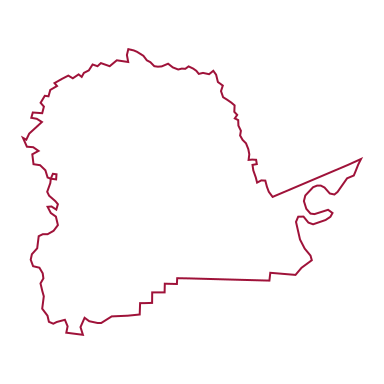 outline of Nova Palma, Rio Grande do Sul, Brazil
{"feature_id": "56859067B37281220773300", "entity_name": "Nova Palma", "entity_type": "district", "adm_level": 2, "iso_a3": "BRA", "parent_name": "Brazil", "parent_adm1": "Rio Grande do Sul", "projection": "equal_earth", "projection_center": [-53.411, -29.433], "detail": "fine", "context": "isolated", "style": "outline", "palette": "rose", "viewbox_px": 384, "rotation_deg": 0, "n_neighbors": 0, "source": "geoboundaries", "source_scale": "gbopen_adm2", "svg_char_len": 2225}
<svg xmlns="http://www.w3.org/2000/svg" viewBox="0 0 384 384"><path d="M332.5,213.0L328.1,209.8L314.5,214.1L310.5,213.6L306.3,208.8L303.9,201.1L305.3,195.5L313.1,187.2L317.1,185.6L320.8,185.6L324.5,187.5L329.8,193.5L334.4,194.5L337.5,192.0L347.1,178.3L353.8,175.5L355.6,171.2L358.2,164.6L361.0,159.0L348.0,164.9L272.6,196.9L268.8,191.8L266.9,186.7L265.3,180.6L261.3,180.4L257.1,182.6L255.8,177.5L253.3,170.4L252.5,164.9L256.8,164.1L256.1,159.8L252.2,159.6L248.6,159.9L249.3,154.3L248.3,149.1L246.0,143.3L242.6,139.9L240.1,135.5L240.9,130.8L238.4,125.6L238.2,120.1L234.8,118.4L237.2,114.9L234.3,111.8L234.6,105.4L231.3,102.6L227.1,99.7L223.1,97.2L221.0,91.1L222.8,85.6L217.9,82.0L216.1,74.7L213.3,70.8L209.1,74.2L203.0,72.9L198.8,73.9L196.3,70.8L193.2,68.6L188.6,66.4L185.3,68.8L181.8,68.6L178.2,69.5L172.8,67.4L168.1,63.7L161.7,66.4L157.9,66.7L154.3,66.2L150.4,62.2L146.8,60.3L143.4,55.8L137.0,51.8L133.7,50.4L128.3,49.2L126.9,55.0L128.2,62.0L116.8,60.3L109.7,66.2L100.9,63.1L97.5,66.2L92.6,64.5L88.8,70.4L83.9,72.9L81.7,76.9L78.6,74.4L72.8,78.3L68.3,75.6L62.1,78.8L54.5,83.1L57.0,86.0L50.3,89.9L48.5,96.3L44.8,95.8L40.6,102.8L43.9,106.6L42.2,113.2L36.8,112.8L32.8,112.5L31.3,117.8L36.8,118.8L41.9,122.0L29.2,133.6L26.3,139.7L23.0,137.9L26.9,146.7L33.2,147.2L38.5,150.9L32.3,154.3L33.5,164.2L40.1,165.2L45.4,170.3L47.6,177.5L50.8,178.7L50.3,183.1L47.2,191.8L49.1,195.7L55.4,201.2L57.9,204.2L56.3,209.6L51.5,206.5L47.6,206.8L50.8,213.0L55.9,216.6L57.9,225.1L53.6,230.8L47.6,234.2L42.8,234.2L38.7,236.2L37.2,248.3L31.9,254.2L30.7,259.7L33.1,266.2L39.4,267.7L42.7,273.3L43.4,278.4L40.5,283.4L42.3,291.0L43.8,296.3L42.2,308.7L47.5,315.7L48.9,321.8L53.3,323.7L56.7,322.0L64.9,319.8L67.6,326.3L66.3,332.7L82.9,334.8L80.5,327.1L84.6,317.8L89.2,321.2L97.6,323.0L101.2,323.0L111.7,316.4L127.7,315.7L139.7,314.5L140.1,303.1L145.4,303.1L152.1,302.9L152.2,292.4L164.6,292.4L164.8,283.7L176.9,284.0L177.2,278.2L188.9,278.4L225.0,279.4L269.4,280.6L270.3,272.8L295.5,274.9L301.5,267.8L311.8,260.2L310.5,255.6L304.7,248.6L300.0,239.5L296.0,221.9L298.2,216.7L303.5,216.6L308.4,222.6L313.1,224.3L325.6,220.0L330.4,216.8L332.5,213.0ZM50.8,178.7L52.9,173.8L56.5,174.3L56.1,179.4L50.8,178.7Z" fill="none" stroke="#9f1239" stroke-width="2"/></svg>